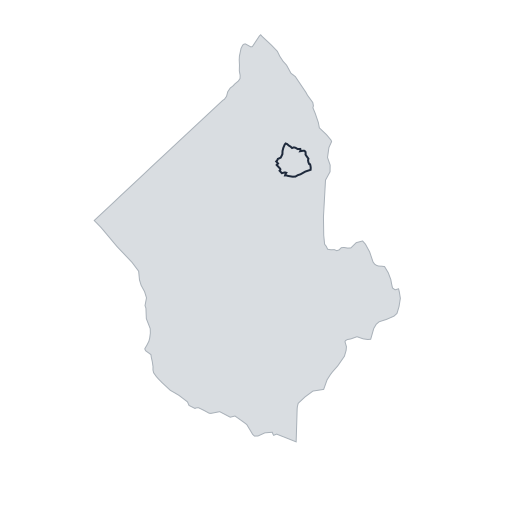 Kyenjojo on a map of Uganda (Albers equal-area conic projection), rotated 137°
{"feature_id": "UGA-3107", "entity_name": "Kyenjojo", "entity_type": "District", "adm_level": 1, "iso_a3": "UGA", "parent_name": "Uganda", "parent_adm1": "", "projection": "albers", "projection_center": [30.656, 0.613], "detail": "fine", "context": "in_parent", "style": "outline", "palette": "slate", "viewbox_px": 512, "rotation_deg": 137, "n_neighbors": 0, "source": "natural_earth", "source_scale": "10m", "svg_char_len": 3035}
<svg xmlns="http://www.w3.org/2000/svg" viewBox="0 0 512 512"><g transform="rotate(137 256 256)"><path d="M350.1,392.3L343.8,392.3L333.6,392.3L323.4,392.3L313.2,392.4L303.0,392.4L292.8,392.4L282.6,392.4L272.4,392.5L262.1,392.5L251.9,392.5L241.7,392.5L231.5,392.5L221.3,392.5L211.1,392.5L200.9,392.5L190.7,392.5L180.5,392.5L174.5,392.5L173.3,392.4L172.4,392.1L168.6,392.9L164.6,395.4L160.3,396.4L155.8,396.0L155.2,396.3L152.9,396.2L149.6,396.0L146.6,396.7L144.4,398.9L142.0,402.7L137.8,407.0L134.6,410.8L131.8,413.5L125.4,418.0L121.9,419.3L120.2,419.1L119.1,418.3L117.2,412.5L115.9,411.6L103.5,414.6L101.7,414.6L101.8,412.8L100.9,399.3L100.8,391.1L102.4,385.9L103.4,380.0L103.5,374.7L105.8,365.8L104.9,360.4L107.9,341.6L108.7,338.6L109.8,329.5L111.6,326.7L113.3,325.6L115.4,320.0L119.4,311.1L122.3,306.5L121.7,296.5L122.1,289.6L122.7,288.1L128.7,285.6L136.5,279.3L139.8,271.9L144.4,267.1L153.4,264.1L180.0,238.6L192.4,224.9L197.8,217.8L198.0,215.3L199.0,212.0L196.9,209.4L194.3,207.1L193.4,204.9L191.2,203.8L188.0,203.9L185.9,202.3L183.5,199.2L181.1,197.2L173.6,197.4L167.8,194.3L167.9,190.0L170.1,181.5L174.5,171.8L174.8,169.1L174.2,166.8L173.1,164.9L171.1,162.9L169.2,160.6L170.7,153.6L173.5,146.8L175.7,143.4L178.0,139.5L177.3,136.4L174.1,134.8L175.8,131.8L179.3,126.6L186.0,121.4L192.0,117.9L196.0,117.9L203.7,120.6L210.7,123.9L214.6,124.1L219.3,122.7L228.9,116.9L231.2,118.7L234.1,122.3L237.2,128.1L243.2,130.7L246.2,132.6L248.3,133.1L249.4,132.6L251.7,128.0L254.5,125.5L259.7,122.4L271.1,119.9L279.2,119.1L282.6,118.5L288.4,117.0L297.5,112.3L306.5,118.4L316.2,119.5L325.6,119.5L328.5,117.6L330.1,116.2L340.0,106.2L353.4,92.7L362.4,111.7L365.4,112.8L365.0,114.4L364.3,116.0L370.1,120.6L377.3,123.0L379.9,125.3L380.1,127.8L377.7,139.0L378.2,142.1L380.5,153.3L384.8,155.7L388.7,166.9L396.4,171.7L397.5,173.0L399.3,178.4L401.6,184.4L403.5,185.8L404.6,186.1L406.9,192.4L405.6,196.0L407.4,206.7L410.3,216.3L411.1,227.8L411.2,232.9L411.1,236.0L410.5,240.4L409.1,242.9L406.7,245.4L404.0,249.3L401.6,253.4L400.1,255.5L401.3,261.7L401.0,263.3L400.4,264.1L396.9,265.1L392.5,266.7L389.8,268.4L385.9,271.6L382.9,275.0L378.9,285.0L372.1,292.9L371.0,295.4L364.6,300.1L361.8,305.9L360.0,312.9L357.5,318.0L352.2,324.9L351.0,335.8L351.2,357.7L349.9,382.5L350.1,392.3Z" fill="#d9dde1" stroke="#a8b0b8" stroke-width="1"/><path d="M152.2,302.5L149.7,300.8L148.8,299.9L148.8,298.4L149.7,297.2L150.6,296.4L150.9,294.7L151.3,291.4L152.6,290.6L153.7,288.9L154.4,287.0L154.1,286.6L153.9,286.2L154.8,284.6L155.9,283.1L157.3,281.8L162.3,284.1L167.7,285.4L170.3,286.6L173.0,287.2L175.2,289.1L178.1,292.9L178.8,294.2L179.8,295.1L178.3,295.9L177.1,296.2L177.8,297.4L179.6,298.4L180.6,298.9L180.6,302.3L179.3,302.5L178.8,303.3L178.8,308.5L176.8,308.6L176.7,311.4L175.5,311.4L173.8,312.1L172.4,311.6L170.8,311.1L169.2,311.7L167.2,312.5L165.0,314.7L162.2,316.5L159.0,317.9L157.6,318.1L156.9,316.6L156.7,314.4L156.1,312.4L156.0,310.4L154.2,309.6L153.3,308.2L152.6,305.8L150.6,304.1L151.4,302.8L152.2,302.5Z" fill="none" stroke="#1e293b" stroke-width="2"/></g></svg>